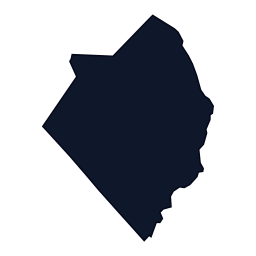 outline of Robeson, North Carolina, United States of America
{"feature_id": "52423323B67039522895977", "entity_name": "Robeson", "entity_type": "district", "adm_level": 2, "iso_a3": "USA", "parent_name": "United States of America", "parent_adm1": "North Carolina", "projection": "equal_earth", "projection_center": [-79.076, 34.626], "detail": "fine", "context": "isolated", "style": "filled", "palette": "ink", "viewbox_px": 256, "rotation_deg": 0, "n_neighbors": 0, "source": "geoboundaries", "source_scale": "gbopen_adm2", "svg_char_len": 920}
<svg xmlns="http://www.w3.org/2000/svg" viewBox="0 0 256 256"><path d="M152.7,15.4L150.5,17.6L146.5,21.7L119.4,49.7L113.0,56.3L72.4,54.6L72.2,54.6L71.3,58.9L69.9,61.4L76.8,76.7L42.8,126.4L42.8,126.5L43.2,126.8L45.8,129.6L69.6,155.7L76.6,163.8L78.3,165.7L78.7,166.3L83.0,171.2L88.2,177.3L97.8,188.7L99.0,190.1L106.6,198.6L106.7,198.8L111.0,203.5L112.8,205.5L113.1,205.9L123.3,217.3L125.5,219.7L144.2,240.6L149.0,235.3L151.0,236.7L156.2,222.4L159.9,222.4L162.4,218.5L159.8,212.4L163.2,208.9L171.0,206.8L170.3,196.4L173.2,191.1L179.6,186.8L184.3,187.5L189.9,184.4L196.9,176.6L198.3,172.0L202.7,171.3L203.2,168.5L200.1,163.0L198.7,149.4L203.4,144.3L206.6,133.0L205.8,129.4L209.9,119.7L210.0,114.7L212.3,113.3L213.2,106.1L209.1,99.2L204.9,96.3L200.6,90.1L196.5,75.3L192.4,64.1L188.2,55.8L181.6,45.6L182.7,41.3L182.7,41.2L182.6,40.9L178.1,32.3L174.4,28.9L152.7,15.4Z" fill="#0f172a" stroke="#020617" stroke-width="1.5"/></svg>